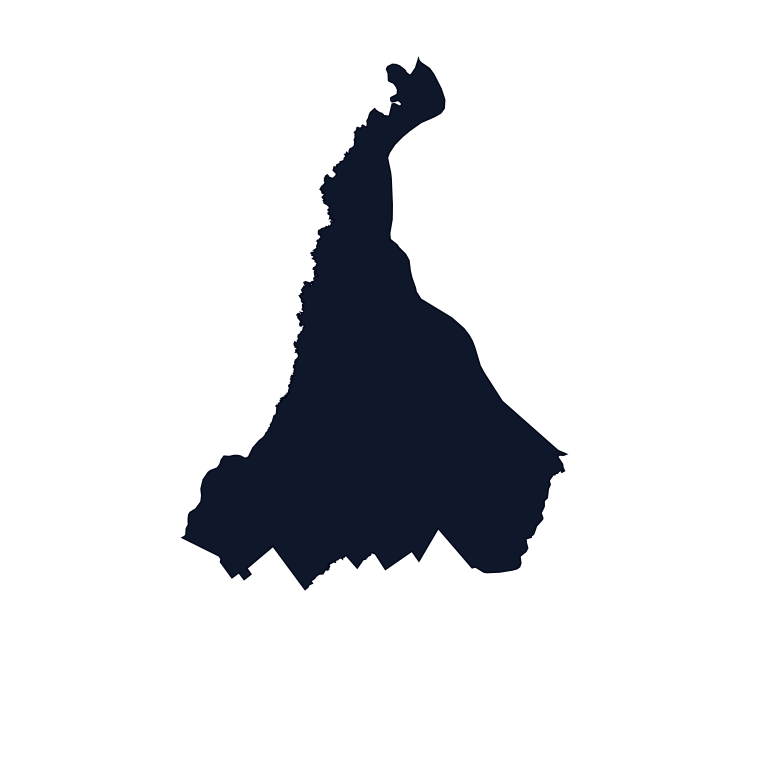 the district of Empedrado, Corrientes, Argentina, rotated 136°
{"feature_id": "61730980B73839587139252", "entity_name": "Empedrado", "entity_type": "district", "adm_level": 2, "iso_a3": "ARG", "parent_name": "Argentina", "parent_adm1": "Corrientes", "projection": "albers", "projection_center": [-58.733, -27.913], "detail": "fine", "context": "isolated", "style": "filled", "palette": "ink", "viewbox_px": 768, "rotation_deg": 136, "n_neighbors": 0, "source": "geoboundaries", "source_scale": "gbopen_adm2", "svg_char_len": 6171}
<svg xmlns="http://www.w3.org/2000/svg" viewBox="0 0 768 768"><g transform="rotate(136 384 384)"><path d="M635.9,413.6L622.1,375.0L622.7,371.3L625.3,369.5L628.0,350.2L619.4,349.1L620.5,340.5L611.8,339.6L610.8,346.7L576.5,344.4L583.6,291.0L579.8,290.7L577.5,291.7L574.0,290.4L573.8,292.0L573.0,293.1L569.2,292.4L566.2,292.9L562.9,292.4L559.7,289.9L555.3,291.2L553.7,289.4L553.1,290.2L552.3,289.4L551.6,291.0L550.9,290.3L549.9,290.6L549.9,292.0L548.3,292.1L548.2,293.3L547.4,293.2L546.5,291.7L545.1,291.5L544.5,292.0L542.8,289.5L542.2,290.1L542.2,291.3L539.5,289.9L536.8,289.7L535.7,288.8L535.4,287.1L534.8,287.8L533.0,287.2L531.8,287.7L530.3,286.3L531.1,270.2L520.8,272.2L519.1,270.9L514.9,271.3L513.2,270.5L512.1,270.6L510.2,271.8L508.2,267.8L511.8,249.6L480.0,244.4L481.9,232.3L445.3,242.5L448.3,190.5L445.8,189.3L445.0,187.8L442.8,179.3L441.0,176.9L431.4,168.4L420.6,160.9L416.8,158.8L413.4,158.3L410.1,160.0L405.9,165.6L398.4,164.9L394.6,166.2L392.0,170.9L389.8,173.7L388.8,173.8L384.7,171.5L383.4,172.5L381.3,172.0L379.2,172.7L373.1,175.9L363.8,176.6L362.7,177.6L360.7,182.1L353.9,184.6L349.9,188.7L345.7,188.7L338.6,194.5L334.3,196.2L332.6,199.4L331.6,200.0L325.0,201.3L324.1,200.0L322.9,200.6L321.2,199.3L318.9,199.7L316.5,199.2L317.4,197.0L314.5,196.2L313.3,199.6L311.3,202.3L309.7,211.1L307.3,211.2L304.3,208.0L301.5,206.8L305.1,215.3L311.0,289.6L304.4,322.5L302.2,330.4L293.4,347.3L290.8,353.4L289.0,360.2L288.1,368.3L289.4,384.6L298.6,419.4L296.8,428.1L294.7,431.3L290.3,441.0L286.5,447.3L280.3,455.5L278.4,462.4L278.6,472.1L278.0,474.8L279.1,483.7L275.5,488.3L263.8,496.9L253.6,507.2L236.1,526.9L232.6,531.4L224.4,544.4L219.4,546.8L209.9,548.9L199.2,549.2L189.4,548.5L175.6,546.4L161.9,541.3L155.0,539.5L149.2,540.5L142.8,546.4L137.9,556.6L133.1,572.2L132.1,579.4L134.1,588.8L134.1,592.4L133.2,594.0L141.6,589.4L149.7,587.6L151.0,588.4L151.4,589.8L151.7,592.8L151.0,594.5L151.1,597.2L152.0,602.3L153.5,605.5L156.0,608.2L161.1,609.7L163.5,608.7L165.1,604.6L169.8,599.3L169.9,598.2L168.0,593.7L168.6,589.2L169.9,586.0L173.3,583.1L180.1,585.2L181.9,583.5L182.3,581.9L181.4,580.7L176.6,578.1L176.3,573.2L178.3,572.4L179.9,572.9L181.6,578.1L183.6,579.7L194.2,572.9L198.0,577.4L197.5,578.3L197.7,580.5L198.8,582.0L199.7,586.6L199.5,588.5L205.0,588.7L207.7,587.7L210.3,586.0L213.5,585.1L215.1,582.6L217.5,581.0L218.5,580.9L219.5,584.9L220.4,585.0L220.8,584.0L223.4,584.3L225.1,587.1L228.5,585.1L229.4,585.6L230.7,585.3L230.4,584.1L230.9,583.3L231.7,583.3L233.2,581.4L236.0,580.1L236.2,579.0L239.9,575.8L242.9,575.9L245.0,576.7L246.9,576.0L249.0,573.8L249.9,574.9L250.0,576.5L251.8,575.6L252.7,576.3L253.0,574.3L256.4,573.7L256.7,572.7L257.8,572.5L261.2,574.2L262.5,573.2L265.6,574.3L266.3,574.2L266.7,573.2L267.7,573.2L269.2,574.8L272.1,572.9L271.9,568.3L273.8,567.2L278.1,567.2L280.2,571.5L279.6,572.1L279.6,573.8L281.1,574.1L284.1,573.1L284.0,572.2L285.4,571.8L285.8,571.0L285.5,570.1L288.1,569.2L291.5,569.3L294.7,568.4L294.5,566.4L295.8,564.3L295.4,563.5L294.5,563.7L294.8,561.5L298.6,561.3L298.9,560.3L298.0,557.9L298.9,557.3L299.5,558.2L300.4,558.0L300.5,556.7L301.3,555.8L300.2,552.2L300.1,549.3L302.0,547.9L303.1,548.3L303.6,547.4L302.9,546.6L304.3,545.3L305.2,545.9L306.0,545.1L305.3,543.3L306.4,541.8L308.1,540.8L307.4,540.6L307.4,539.6L306.7,538.9L307.8,538.3L306.1,536.8L306.2,535.9L308.2,536.0L309.6,537.5L310.0,535.8L313.2,534.7L313.9,534.9L313.9,536.1L315.2,535.7L316.4,537.4L317.1,536.8L321.1,539.1L322.1,538.7L324.1,539.7L324.9,539.4L326.9,537.4L326.5,535.1L327.1,533.0L329.4,533.1L329.6,532.2L332.1,533.6L333.0,533.2L332.9,531.9L333.5,531.2L336.6,529.9L337.7,528.1L341.6,528.9L341.2,528.0L341.6,527.2L342.6,527.3L345.0,528.9L345.7,528.7L345.6,527.4L346.4,526.6L345.7,525.7L345.6,523.6L348.2,523.8L347.4,521.7L347.4,520.7L348.3,520.0L347.9,517.5L350.9,515.9L354.2,516.4L355.1,515.8L353.9,512.9L354.7,512.1L355.3,513.1L356.0,513.1L357.9,510.7L356.1,510.1L356.1,508.8L356.7,507.8L358.3,508.1L357.9,509.0L358.5,509.5L358.9,508.8L361.0,508.8L362.3,506.7L363.3,506.2L364.4,506.7L364.5,507.5L366.6,507.8L366.4,506.8L365.5,506.3L366.6,504.8L367.7,505.1L369.1,506.2L367.5,507.2L367.3,508.1L369.4,512.1L371.0,512.6L372.3,508.9L374.0,508.9L373.9,509.7L377.8,508.9L379.2,505.2L380.0,505.1L380.1,505.9L381.0,506.5L381.7,505.8L383.5,506.3L384.2,502.8L383.8,502.0L385.3,501.5L386.0,499.8L385.2,497.7L387.4,497.6L388.6,496.3L387.9,495.9L388.4,495.3L390.9,494.6L391.0,491.9L392.0,491.3L393.1,491.6L394.2,493.3L394.5,491.6L397.1,491.3L397.6,492.2L396.1,493.5L396.9,494.2L398.6,494.2L398.9,493.4L398.5,492.3L398.9,491.7L399.8,491.6L400.2,486.9L403.0,485.6L403.7,484.7L403.6,483.5L402.8,483.2L402.0,483.7L400.8,482.6L400.9,480.5L402.7,480.7L405.7,478.5L407.5,479.1L408.6,478.1L411.6,478.7L413.0,477.7L413.8,475.7L416.3,475.2L416.9,474.1L418.5,474.3L419.0,476.2L420.7,475.3L421.5,474.0L421.2,472.8L422.2,472.4L421.2,470.1L421.5,469.3L423.9,469.7L424.1,468.8L425.3,468.3L423.7,467.6L423.9,466.6L424.7,466.6L424.8,464.9L426.0,463.4L427.7,462.5L431.1,462.6L431.4,461.6L432.1,462.1L433.1,461.6L434.1,459.7L436.1,460.1L437.6,458.6L436.9,457.8L437.8,457.2L437.8,456.1L439.2,456.2L440.7,454.5L441.8,454.6L441.9,453.5L443.6,452.6L444.3,454.2L445.8,453.7L445.4,452.8L446.0,452.3L447.2,452.5L447.0,451.7L448.1,451.7L447.6,450.7L448.3,450.0L449.9,450.2L449.6,449.0L450.4,448.3L451.3,449.0L453.3,449.1L454.0,448.5L453.1,448.2L453.6,447.3L457.6,445.1L458.3,443.9L460.3,444.5L461.7,443.1L462.4,444.2L463.3,444.3L463.9,443.7L463.6,442.9L464.4,442.6L465.4,442.8L465.2,444.0L465.9,444.5L468.0,445.0L467.6,444.2L469.0,443.3L469.1,444.2L470.2,444.1L470.4,442.7L473.6,443.2L474.3,442.2L475.2,442.2L475.9,443.2L477.0,443.1L476.8,441.9L481.5,437.7L483.3,436.9L485.3,437.4L490.5,434.3L493.7,433.7L495.4,431.9L497.3,432.2L497.6,431.4L499.5,431.4L500.1,430.6L503.4,430.7L504.1,430.0L507.9,429.3L513.0,429.9L522.7,429.1L532.1,425.6L534.8,426.4L535.9,427.6L537.3,431.9L539.2,434.5L541.6,436.8L545.7,439.3L549.2,443.2L553.9,442.4L557.9,440.1L562.4,439.4L569.0,442.2L571.9,442.5L580.4,440.8L588.5,435.6L592.7,430.2L597.5,426.4L606.0,424.9L612.6,426.3L615.2,425.6L618.9,422.6L622.3,418.7L626.5,417.4L631.1,413.2L632.9,412.8L635.9,413.6Z" fill="#0f172a" stroke="#020617" stroke-width="1.5"/></g></svg>